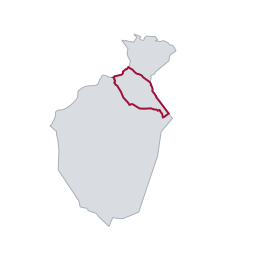 Tahoua highlighted on a map of Niger, rotated 143°
{"feature_id": "NER-95", "entity_name": "Tahoua", "entity_type": "Department", "adm_level": 1, "iso_a3": "NER", "parent_name": "Niger", "parent_adm1": "", "projection": "robinson", "projection_center": [5.147, 16.143], "detail": "fine", "context": "in_parent", "style": "outline", "palette": "rose", "viewbox_px": 256, "rotation_deg": 143, "n_neighbors": 0, "source": "natural_earth", "source_scale": "10m", "svg_char_len": 4833}
<svg xmlns="http://www.w3.org/2000/svg" viewBox="0 0 256 256"><g transform="rotate(143 128 128)"><path d="M189.0,176.6L187.1,176.6L185.9,177.0L184.5,178.2L183.0,178.7L181.0,179.8L179.8,180.6L178.7,181.3L177.1,183.0L176.6,184.2L175.0,184.5L172.8,184.3L171.4,183.0L168.2,181.7L166.1,181.1L165.1,181.0L160.2,180.8L154.9,181.3L152.2,181.9L151.7,182.0L150.2,182.8L148.9,183.7L145.5,187.7L141.0,187.6L138.4,187.2L136.1,186.5L132.9,184.6L128.9,181.8L127.4,181.4L126.0,181.1L125.6,181.2L120.9,184.0L120.0,184.0L118.9,184.3L118.1,185.0L117.6,185.4L117.0,185.4L116.3,185.3L115.6,184.8L114.8,184.0L112.9,180.8L112.5,180.3L111.7,179.3L110.3,177.9L109.3,177.2L108.7,177.0L108.1,177.1L104.3,175.9L100.5,174.5L99.7,174.7L99.1,175.0L97.8,176.0L96.2,176.1L94.3,176.1L93.2,175.9L91.5,176.3L90.3,176.6L88.8,177.3L86.9,179.1L86.3,179.4L85.8,179.7L85.2,184.7L84.6,186.2L83.7,188.2L81.7,190.1L80.4,191.2L80.3,192.8L80.2,195.3L80.2,197.1L80.3,198.2L80.1,198.7L80.0,199.2L80.0,200.0L80.4,200.3L80.5,200.8L80.4,201.2L79.8,201.6L79.1,200.5L78.2,199.7L77.2,199.3L76.6,198.7L76.2,197.9L74.9,196.4L72.0,193.3L71.7,193.2L71.2,193.1L70.3,193.4L69.8,193.9L69.5,194.1L68.9,194.2L67.5,194.6L66.4,195.1L66.3,195.5L66.9,197.8L66.6,199.1L66.1,198.5L64.5,196.1L63.4,194.4L63.2,194.0L63.0,193.4L63.1,193.1L63.6,192.9L64.6,192.7L64.8,192.5L64.8,192.0L64.7,191.1L64.1,189.9L63.5,189.1L63.2,188.9L62.6,188.9L61.9,189.0L60.6,190.0L60.1,190.2L58.8,190.1L57.6,189.9L56.9,189.4L54.8,187.4L52.5,185.4L51.6,185.1L51.3,184.9L51.2,183.3L51.2,181.3L51.4,180.8L52.3,181.1L53.4,181.3L53.7,180.9L52.9,180.2L51.7,179.6L51.3,178.5L50.9,178.1L50.4,177.8L49.8,177.6L49.2,177.3L48.8,177.0L48.1,176.8L47.3,176.6L46.3,174.9L45.3,173.3L44.7,172.0L44.5,171.2L44.8,169.9L44.5,169.3L43.4,168.0L42.4,166.7L42.7,164.8L42.9,163.2L42.9,162.2L43.0,161.6L43.2,160.9L43.8,160.7L45.4,160.7L48.5,161.0L51.0,160.7L52.9,158.9L54.9,157.1L57.8,156.9L61.0,156.7L63.4,156.6L67.1,156.5L70.0,156.4L73.4,156.2L73.5,155.4L73.7,155.2L74.0,155.2L76.5,155.6L78.9,156.0L79.0,154.5L81.1,152.5L82.3,152.1L82.6,151.7L82.9,151.1L83.2,150.0L83.3,149.3L83.7,148.7L84.0,147.6L84.4,145.6L85.6,143.6L86.3,140.8L86.4,138.1L86.5,136.0L86.8,135.6L86.8,132.0L86.8,128.3L86.8,125.2L86.8,121.4L86.8,118.0L86.8,114.3L86.8,111.0L86.8,108.9L89.2,108.4L91.6,107.8L95.2,107.0L99.0,106.2L103.3,105.2L104.2,104.7L107.4,101.5L108.8,100.1L111.7,97.3L113.9,95.1L116.6,92.3L119.6,89.5L121.9,87.3L125.6,84.8L131.2,81.0L136.8,77.2L142.3,73.4L147.9,69.6L153.4,65.8L158.9,62.0L164.5,58.2L170.0,54.4L175.6,55.8L180.9,57.2L186.3,58.6L187.6,59.3L190.4,62.0L194.1,65.5L194.3,65.6L197.9,63.5L202.4,60.9L203.7,68.1L204.7,74.3L204.8,78.2L204.9,79.2L205.3,79.9L206.1,80.6L209.6,86.3L208.9,87.3L209.4,89.1L210.3,89.8L213.2,93.2L213.6,93.9L213.4,94.4L211.5,98.4L211.2,99.4L210.9,104.5L210.6,108.1L210.3,113.0L210.0,118.9L209.7,123.9L209.3,130.5L208.9,136.7L206.1,140.1L201.1,146.2L197.1,151.1L195.0,154.4L191.1,160.9L189.3,165.1L187.9,167.3L187.2,168.2L187.9,171.3L189.0,176.6Z" fill="#d9dde1" stroke="#a8b0b8" stroke-width="1"/><path d="M107.6,177.4L107.4,177.2L104.3,175.9L101.2,174.5L100.8,174.4L99.2,174.7L98.9,174.9L98.8,175.1L98.6,175.5L98.1,176.0L97.6,176.2L96.1,176.1L95.0,176.3L94.3,176.3L94.1,176.1L93.8,175.9L93.6,175.7L93.2,175.8L91.1,176.4L90.4,174.2L89.4,172.3L89.4,172.2L88.9,168.0L88.8,167.5L88.0,165.6L87.7,165.3L87.0,164.7L85.5,161.9L85.4,161.6L85.4,161.1L85.4,159.4L83.0,151.7L82.9,151.5L83.0,151.1L83.1,150.6L83.2,149.4L83.3,149.2L83.5,148.9L84.1,148.2L84.0,147.6L83.9,147.3L84.0,146.9L84.9,144.3L85.1,144.0L85.3,143.8L85.6,143.6L86.0,143.3L86.2,143.1L86.3,142.8L86.3,141.5L86.3,140.4L86.3,138.7L86.3,137.9L86.4,137.6L86.5,137.4L86.4,136.2L86.5,135.8L86.6,135.7L86.9,135.6L86.9,134.3L86.8,133.5L86.8,132.0L86.8,130.4L86.8,128.9L86.8,127.4L86.8,125.8L86.8,124.3L86.8,123.4L86.8,122.7L86.8,121.2L86.8,119.7L86.8,118.1L86.8,116.6L86.8,115.1L87.0,115.1L92.7,115.1L93.7,115.5L92.3,118.7L92.2,119.0L92.2,119.3L92.2,119.6L92.3,119.8L92.3,120.0L92.2,120.4L92.2,120.5L92.3,122.0L92.0,122.7L91.9,122.8L91.9,123.0L92.0,123.3L92.1,123.5L92.3,123.6L92.5,123.7L93.6,123.8L93.8,123.9L93.8,124.0L94.1,125.3L94.3,125.6L96.2,127.3L97.6,129.5L97.8,129.8L98.1,130.0L103.9,134.0L106.3,136.0L107.3,137.2L107.3,137.3L109.7,143.6L109.9,144.1L110.0,144.2L110.1,144.3L110.8,144.9L110.9,145.0L111.0,145.0L112.7,145.5L112.9,145.6L112.9,145.8L112.9,146.0L112.7,148.0L113.4,155.1L111.8,161.4L111.8,161.7L111.8,161.9L111.2,167.8L111.2,168.1L111.3,168.5L111.6,169.4L111.7,169.5L111.7,169.8L111.8,170.1L111.8,170.9L111.7,172.2L111.7,172.4L111.6,172.5L111.4,172.6L111.0,172.7L110.9,172.7L110.9,172.8L110.7,172.9L110.6,173.0L109.9,173.6L109.7,173.9L109.7,174.1L109.8,174.7L109.8,175.0L109.7,175.2L109.3,175.5L109.2,175.7L109.2,175.9L109.1,176.2L109.1,176.9L109.2,177.1L108.6,176.9L108.4,177.0L107.7,177.4L107.6,177.4Z" fill="none" stroke="#9f1239" stroke-width="2"/></g></svg>